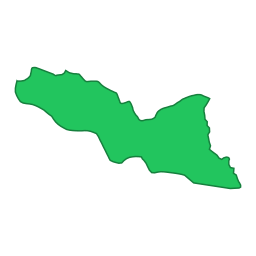 outline of Radfan, Lahij, Yemen
{"feature_id": "15242507B45884450184914", "entity_name": "Radfan", "entity_type": "district", "adm_level": 2, "iso_a3": "YEM", "parent_name": "Yemen", "parent_adm1": "Lahij", "projection": "equal_earth", "projection_center": [44.984, 13.489], "detail": "fine", "context": "isolated", "style": "filled", "palette": "green", "viewbox_px": 256, "rotation_deg": 0, "n_neighbors": 0, "source": "geoboundaries", "source_scale": "gbopen_adm2", "svg_char_len": 3805}
<svg xmlns="http://www.w3.org/2000/svg" viewBox="0 0 256 256"><path d="M233.9,168.3L230.4,167.6L228.8,164.4L228.8,160.7L229.3,159.6L229.4,159.1L228.7,157.7L227.7,157.3L226.2,157.1L225.4,157.4L223.7,157.9L221.7,159.4L219.0,158.1L217.0,155.2L214.5,153.3L214.4,153.3L212.5,151.8L211.9,151.4L209.4,149.3L210.5,145.8L209.3,142.3L209.0,140.8L208.6,138.5L207.8,134.9L208.5,133.6L209.6,131.9L209.5,130.1L209.4,128.0L207.1,125.5L207.2,121.7L205.0,119.3L204.7,115.4L204.2,112.7L203.9,111.7L204.1,107.8L206.1,105.0L208.0,101.8L209.7,98.7L209.1,98.3L208.3,97.9L208.1,97.8L207.1,97.4L206.1,97.0L205.0,96.6L204.0,96.2L203.1,95.8L202.2,95.3L201.2,94.9L200.3,94.7L199.3,94.6L198.1,94.6L197.1,94.6L196.2,94.8L195.0,95.0L194.1,95.3L193.0,95.5L191.9,95.7L190.9,96.0L189.9,96.3L189.0,96.6L188.0,97.0L186.7,97.5L185.6,97.9L184.6,98.4L183.6,98.8L182.6,99.2L181.6,99.9L180.6,100.7L179.8,101.3L178.8,101.9L177.7,102.5L176.8,103.1L175.8,103.9L174.9,104.5L174.0,105.1L173.0,105.6L172.0,105.9L171.0,106.0L169.8,106.4L168.8,106.7L167.9,107.0L166.9,107.3L165.8,107.6L164.6,107.9L163.7,108.2L162.8,108.5L161.8,109.0L160.9,109.4L159.9,110.1L158.9,110.8L158.0,111.6L157.2,112.6L156.7,113.7L156.0,115.0L155.5,116.1L155.1,117.3L154.3,117.9L153.4,118.4L152.4,119.0L151.4,119.3L150.5,119.4L149.4,119.5L148.4,119.6L147.4,119.6L146.4,119.7L145.3,119.9L144.3,120.2L143.4,120.5L142.3,120.7L141.4,120.7L140.4,120.5L139.4,119.9L138.7,119.1L138.2,118.1L137.6,117.0L136.9,116.1L136.1,115.4L135.4,114.3L134.7,113.4L134.2,112.4L133.6,111.3L133.1,110.2L132.8,108.9L132.6,107.7L132.1,106.5L131.3,104.4L130.5,102.9L129.9,102.0L129.6,101.6L129.1,101.4L128.7,101.5L127.8,101.7L126.9,102.1L126.0,102.5L125.0,102.8L123.9,103.2L122.9,103.4L121.8,103.5L120.8,103.3L120.0,102.5L119.7,101.3L119.2,100.1L118.8,98.9L118.3,97.7L117.9,96.6L117.5,95.4L117.0,94.2L116.4,93.1L115.4,92.6L114.5,92.3L113.5,91.8L112.5,91.3L111.5,90.9L110.6,90.5L109.5,89.9L108.2,89.2L107.2,88.7L106.1,88.1L105.1,87.5L104.1,86.9L103.0,86.1L102.1,85.4L101.3,84.7L100.5,83.9L99.7,83.0L98.9,82.2L98.0,81.6L97.1,81.3L96.0,81.2L95.1,81.2L94.1,81.2L93.1,81.2L92.1,81.2L91.1,81.2L90.2,81.3L89.2,81.4L88.2,81.5L87.1,81.6L86.2,81.5L85.3,81.1L84.5,80.3L83.7,79.5L83.0,78.7L82.3,77.9L81.6,77.0L81.1,76.5L80.8,76.2L80.0,75.2L79.2,74.3L78.2,74.0L77.3,74.0L76.2,73.8L75.3,73.8L74.3,73.8L73.3,73.7L72.4,73.5L71.2,73.2L70.2,73.0L68.9,72.5L65.7,70.5L64.4,73.0L62.9,74.0L62.1,74.6L56.8,75.2L56.5,75.5L56.1,75.6L55.7,75.6L55.2,75.5L54.8,75.3L54.4,75.0L53.9,74.7L53.5,74.4L53.3,74.2L39.4,68.9L35.8,67.6L34.1,67.5L33.5,67.6L32.4,67.8L31.9,68.3L31.7,68.9L31.5,69.5L31.4,70.1L31.4,70.3L31.3,71.4L31.2,71.7L31.2,71.8L31.0,72.7L30.8,73.3L30.7,73.8L30.6,74.4L30.5,75.0L30.4,75.4L30.4,75.5L29.7,76.5L28.8,77.4L27.9,78.3L27.0,78.9L25.9,79.5L24.6,80.4L23.2,80.7L20.8,81.1L20.5,81.1L17.2,81.1L17.0,80.9L16.1,84.5L15.4,88.2L15.4,92.0L16.7,95.5L18.4,98.7L20.4,101.6L23.1,103.0L26.4,103.6L29.4,103.9L32.6,104.5L35.6,105.6L38.4,106.9L41.1,108.4L43.9,110.0L46.4,112.2L49.1,114.4L51.7,116.2L53.6,119.2L55.7,122.0L58.1,124.3L60.9,126.3L63.7,127.9L66.5,129.4L69.4,130.1L72.5,130.5L75.7,130.7L78.6,130.8L81.6,130.8L84.6,130.6L87.6,130.7L90.6,131.3L93.6,132.4L96.5,133.6L98.5,136.7L100.1,140.2L101.8,143.4L103.3,146.6L105.0,149.9L106.7,153.4L108.4,156.7L109.1,158.3L110.2,160.3L113.1,161.7L115.9,162.5L118.8,163.2L121.7,162.9L124.0,160.5L126.6,158.6L129.6,157.3L132.5,156.8L135.6,156.5L138.6,156.6L141.4,156.9L142.4,158.9L143.9,160.3L146.1,163.3L147.8,166.9L149.4,170.1L151.7,172.6L154.6,172.8L157.7,172.1L160.7,171.7L163.6,171.8L166.6,172.1L169.6,172.5L172.8,172.9L175.7,173.3L178.8,173.8L181.8,174.4L184.6,175.2L190.5,180.2L193.7,182.9L230.3,188.5L239.1,188.0L240.6,187.1L240.6,185.1L239.2,182.4L238.8,182.1L238.0,180.2L237.4,178.7L236.2,175.0L233.5,173.3L233.9,168.3Z" fill="#22c55e" stroke="#15803d" stroke-width="1.5"/></svg>